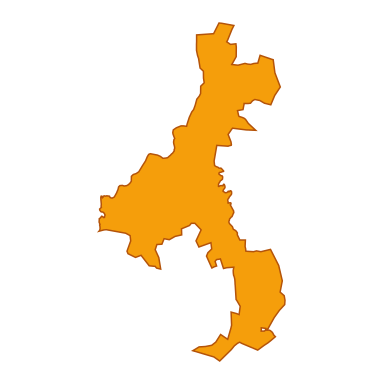 outline of Wudil, Kano, Nigeria
{"feature_id": "59680162B14541309037731", "entity_name": "Wudil", "entity_type": "district", "adm_level": 2, "iso_a3": "NGA", "parent_name": "Nigeria", "parent_adm1": "Kano", "projection": "natural_earth1", "projection_center": [8.871, 11.763], "detail": "fine", "context": "isolated", "style": "filled", "palette": "amber", "viewbox_px": 384, "rotation_deg": 0, "n_neighbors": 0, "source": "geoboundaries", "source_scale": "gbopen_adm2", "svg_char_len": 5468}
<svg xmlns="http://www.w3.org/2000/svg" viewBox="0 0 384 384"><path d="M196.6,34.9L196.6,41.8L196.5,44.2L196.5,50.3L197.5,55.3L198.6,58.6L199.1,61.9L200.1,68.1L203.4,71.2L203.5,78.2L204.2,82.6L203.9,83.1L200.7,86.2L200.6,93.5L199.3,96.1L196.8,99.2L195.2,105.2L193.6,109.6L191.8,111.9L189.3,117.3L187.1,124.1L186.6,126.3L183.4,125.9L181.0,125.9L176.3,127.8L173.3,129.9L172.8,132.4L173.0,134.0L173.9,136.5L174.7,138.5L173.9,139.8L173.8,140.7L173.6,141.6L173.6,142.7L173.8,143.9L174.4,146.1L174.7,147.9L174.5,148.9L174.1,150.0L174.3,150.8L172.5,153.3L171.5,154.0L170.2,155.5L169.6,155.9L167.6,157.7L165.4,158.1L162.9,158.3L160.4,156.4L157.5,155.1L150.3,153.7L148.7,154.4L147.3,156.7L145.5,161.0L142.6,165.5L138.8,171.8L136.1,173.6L133.3,174.5L131.4,176.3L131.3,181.3L129.7,183.5L127.9,185.0L126.5,185.7L124.1,186.0L122.4,185.4L119.9,185.6L118.6,186.9L118.0,189.6L117.3,191.1L116.7,192.7L114.3,197.0L112.2,198.1L111.0,197.9L110.0,197.4L109.5,196.2L107.4,195.9L106.2,195.9L105.2,196.2L104.6,195.9L104.2,195.9L103.2,196.2L103.0,197.3L102.4,197.8L101.9,197.2L101.6,196.2L101.2,196.1L101.0,196.5L100.8,197.6L100.9,199.7L101.3,204.2L101.1,206.4L101.4,207.3L100.6,208.1L99.6,209.1L99.8,210.2L100.8,211.6L101.3,211.9L102.3,212.0L103.1,212.2L104.0,213.0L104.7,214.2L105.0,215.0L104.9,215.8L104.5,216.4L104.5,217.4L103.8,217.6L103.2,217.2L102.5,216.5L101.7,216.2L101.5,216.4L100.3,218.0L99.3,218.6L99.1,222.1L100.0,224.5L99.6,225.0L99.9,226.0L100.0,227.2L100.1,228.5L99.9,229.6L99.5,230.6L99.0,231.2L104.0,229.9L106.3,229.7L125.6,233.2L126.4,233.6L130.1,235.6L130.7,240.9L127.0,251.2L128.0,253.7L135.5,257.4L141.1,255.3L141.4,255.7L149.2,265.8L155.3,266.4L155.5,266.8L156.6,268.1L160.7,269.1L158.8,257.6L155.2,249.7L156.9,244.5L161.9,244.2L164.1,238.7L169.3,239.7L175.1,236.4L181.7,234.9L181.5,228.8L189.5,225.5L191.3,223.3L194.9,223.3L200.8,229.5L201.1,229.9L196.0,240.9L198.7,246.5L198.9,247.0L210.6,242.8L210.9,242.7L211.7,249.0L207.9,252.7L206.5,256.1L211.2,266.6L211.9,268.0L213.2,267.3L214.2,266.8L216.6,266.0L215.1,261.4L216.5,259.6L217.6,259.4L219.2,259.2L220.4,258.9L223.5,268.5L226.8,267.7L233.8,267.2L233.2,270.5L233.3,273.0L233.6,275.3L234.2,276.7L234.8,279.3L235.0,282.0L235.1,284.4L235.2,285.1L236.1,299.6L236.6,300.1L240.2,306.3L239.1,314.6L236.7,313.6L231.1,312.1L231.6,325.2L230.9,328.2L227.7,339.3L220.6,334.5L215.8,342.1L211.7,345.3L205.4,346.5L199.1,346.9L192.8,350.7L208.0,355.2L213.8,356.9L219.7,361.0L231.3,349.6L234.4,345.8L235.9,344.6L237.5,343.3L239.7,342.2L241.6,343.3L257.7,350.1L264.2,345.3L267.9,342.9L270.8,340.6L275.4,336.7L273.9,335.2L272.8,333.1L272.3,332.3L271.6,331.7L270.8,331.0L270.1,330.5L269.6,330.3L268.5,330.1L266.9,330.2L265.7,330.1L264.3,331.1L261.2,331.1L261.3,327.8L265.7,328.4L265.6,329.1L266.9,329.2L268.0,328.7L274.2,317.6L279.5,310.2L284.7,304.6L285.0,300.3L284.2,295.7L280.1,292.1L282.3,280.8L278.7,265.5L270.5,249.4L260.9,251.7L256.5,250.9L253.5,251.7L247.2,251.3L245.8,251.1L245.7,249.8L245.7,249.2L245.6,248.7L245.1,246.5L245.4,240.0L239.8,240.0L239.2,238.7L238.1,236.4L237.4,235.0L237.3,234.2L237.4,233.0L236.8,232.0L235.7,230.6L234.3,229.8L233.5,229.4L233.1,228.8L232.7,227.4L232.4,226.7L231.5,225.7L230.7,224.9L229.9,224.1L229.2,223.1L228.9,222.2L228.9,221.2L229.3,220.6L229.6,218.9L230.6,217.9L231.1,217.2L232.0,216.6L232.5,215.5L232.9,214.5L233.3,213.5L233.8,212.7L233.6,212.0L233.7,211.1L230.3,204.9L230.8,204.4L231.0,203.5L230.7,202.8L229.8,202.8L229.0,202.9L228.4,203.1L228.0,203.0L228.1,201.9L227.8,200.8L227.7,199.8L227.9,199.3L228.6,198.4L229.3,197.0L230.3,195.8L231.2,194.7L231.6,193.9L231.6,191.9L231.3,191.2L230.7,190.8L230.1,190.7L229.9,191.3L229.4,191.6L229.0,191.8L228.7,191.8L228.5,191.3L228.3,191.2L228.0,191.4L227.9,191.8L227.7,192.0L227.3,192.3L226.6,192.6L225.8,192.7L225.1,192.7L224.5,192.3L223.9,191.8L223.5,191.6L223.1,191.4L223.0,191.0L223.1,190.5L223.3,190.2L223.5,189.6L223.9,189.2L224.4,188.5L224.9,187.8L225.0,187.0L224.9,186.2L224.7,185.5L224.5,185.0L224.3,184.6L224.0,184.3L223.6,184.3L223.3,184.7L223.1,185.4L222.9,185.8L222.3,185.7L221.3,185.6L220.6,185.6L219.9,185.9L219.3,186.3L218.9,186.5L218.5,186.4L218.4,186.0L218.6,185.5L218.5,184.9L218.5,184.1L218.8,183.4L219.8,182.0L220.1,181.3L220.5,180.7L221.2,180.3L222.0,179.6L222.5,179.1L222.6,177.8L222.7,177.0L222.4,176.2L222.2,175.9L221.9,175.8L221.4,175.7L220.9,175.6L220.5,175.4L220.2,175.1L219.8,174.7L219.5,174.4L219.0,174.2L218.9,173.7L219.0,173.0L219.3,172.7L219.6,172.4L219.9,172.3L220.5,172.3L220.9,172.3L221.3,172.1L221.8,171.8L222.3,171.7L222.8,171.7L223.1,171.6L223.4,171.4L223.6,171.3L223.6,171.0L223.5,170.8L223.3,170.7L223.2,170.5L222.9,170.2L222.6,169.8L221.6,168.7L220.9,168.1L220.0,168.2L219.3,168.2L219.0,168.1L218.8,167.9L218.3,167.5L217.8,167.2L217.3,167.0L216.7,166.8L216.0,166.5L215.2,166.0L214.6,165.5L214.1,161.0L216.8,145.4L228.1,146.2L229.1,145.8L231.2,145.3L231.4,144.8L231.0,141.9L228.1,134.4L229.3,132.7L230.5,131.0L231.2,129.9L232.5,128.2L246.2,129.9L255.7,130.3L248.3,123.4L245.5,119.3L243.9,118.1L241.9,117.3L239.2,116.5L238.7,115.9L237.5,110.6L243.0,109.6L244.1,103.9L244.1,103.5L248.2,103.5L250.5,103.2L252.5,100.8L254.8,99.5L259.8,100.5L264.4,103.2L270.8,104.8L274.7,95.5L280.3,87.0L274.9,72.8L273.2,59.7L271.2,59.1L260.1,55.3L257.8,63.2L256.6,63.2L253.8,63.5L250.8,64.4L247.7,64.1L245.0,63.4L238.0,65.2L231.8,64.5L236.2,56.7L236.3,47.0L235.9,43.8L230.5,44.4L226.7,41.8L227.6,40.2L231.9,29.5L233.9,25.5L221.8,23.3L219.0,23.0L213.6,33.7L196.6,34.9Z" fill="#f59e0b" stroke="#b45309" stroke-width="1.5"/></svg>